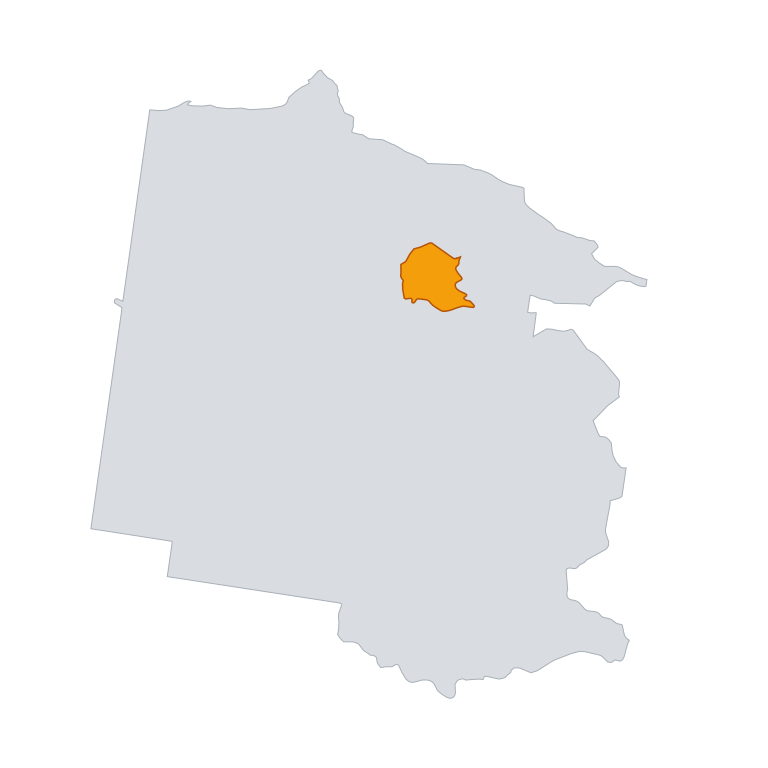 Gezira highlighted on a map of Sudan, rotated 278°
{"feature_id": "SDN-875", "entity_name": "Gezira", "entity_type": "State", "adm_level": 1, "iso_a3": "SDN", "parent_name": "Sudan", "parent_adm1": "", "projection": "robinson", "projection_center": [33.161, 14.479], "detail": "fine", "context": "in_parent", "style": "filled", "palette": "amber", "viewbox_px": 768, "rotation_deg": 278, "n_neighbors": 0, "source": "natural_earth", "source_scale": "10m", "svg_char_len": 5265}
<svg xmlns="http://www.w3.org/2000/svg" viewBox="0 0 768 768"><g transform="rotate(278 384 384)"><path d="M524.1,629.8L517.3,629.8L516.6,628.0L516.7,623.0L517.5,619.3L519.9,613.3L519.3,610.1L519.7,605.4L517.9,600.2L501.7,585.0L498.5,580.8L489.8,577.0L491.3,572.7L487.7,541.5L489.5,538.0L490.0,532.5L490.0,527.7L492.1,519.8L492.3,516.4L475.1,516.2L474.8,519.6L475.6,523.4L475.6,524.9L451.6,525.1L461.2,537.3L461.6,542.6L461.1,549.3L461.2,553.6L461.7,556.3L464.3,561.8L464.2,562.8L463.5,564.1L446.5,580.4L443.6,587.9L441.4,591.9L436.4,598.6L420.8,615.9L418.3,617.1L406.4,617.7L405.3,618.1L404.3,618.9L403.8,618.7L393.7,608.5L376.7,596.2L365.3,602.6L362.2,605.0L362.2,610.9L360.5,613.9L357.4,617.2L349.1,619.3L344.7,621.0L339.5,624.4L334.5,629.9L334.1,632.8L334.6,635.4L305.8,635.3L303.9,633.2L299.8,624.1L296.8,624.6L270.6,623.5L266.8,624.5L259.3,628.3L255.5,628.9L251.6,627.2L237.9,609.1L234.9,606.9L231.8,602.6L228.9,600.7L227.9,599.3L227.6,597.4L227.7,593.4L226.7,590.9L224.6,590.3L206.0,594.5L203.3,594.1L199.4,594.8L198.1,595.6L196.5,597.9L196.2,602.9L195.7,605.4L194.3,608.1L188.9,614.3L187.7,616.9L188.0,623.7L187.6,627.1L186.8,628.7L184.5,631.3L183.6,632.8L182.7,641.4L179.7,646.7L179.1,648.5L178.9,652.3L178.4,653.5L170.0,656.5L166.8,658.4L164.9,661.3L164.4,662.6L160.8,661.5L156.3,660.8L147.5,659.8L144.0,658.5L142.4,656.4L142.9,651.1L142.1,650.0L140.7,649.1L139.7,646.8L139.9,644.1L144.6,638.0L145.6,634.8L146.9,619.6L146.5,614.9L142.9,606.4L134.6,591.7L132.6,588.8L122.2,576.7L121.0,574.9L118.5,569.8L121.4,558.6L121.6,555.5L120.9,552.3L118.3,549.9L115.9,549.6L112.8,546.6L110.8,545.3L109.0,542.6L107.8,538.9L108.8,525.7L108.3,524.0L105.6,523.5L105.0,522.5L105.1,520.0L103.7,512.5L102.2,506.3L103.1,502.8L100.9,498.2L96.6,496.1L88.2,497.7L85.6,497.4L83.8,496.6L82.5,494.8L81.9,492.8L82.5,489.7L85.0,484.1L88.0,479.5L94.1,475.3L95.7,473.1L96.7,470.6L96.9,467.8L96.5,464.8L95.8,462.0L94.1,458.4L92.5,454.1L92.5,451.3L93.3,449.2L94.9,446.7L101.0,441.8L107.2,437.8L108.2,436.4L107.9,434.7L105.1,431.3L104.2,424.9L102.7,420.4L105.9,417.0L108.2,415.7L111.8,414.7L113.2,413.3L113.7,410.6L113.6,408.0L114.9,406.0L116.7,401.9L118.1,400.0L122.8,395.2L123.9,392.1L124.3,389.1L123.1,379.9L125.9,376.1L129.4,372.9L134.3,373.2L142.1,372.5L147.3,371.2L151.1,371.2L159.6,372.9L160.5,372.2L161.0,369.8L163.1,196.2L198.3,196.3L198.7,196.0L199.9,113.9L421.5,114.0L423.3,113.7L426.8,106.0L428.3,105.4L430.6,105.9L431.3,107.7L429.5,113.9L622.9,113.9L623.4,123.3L625.0,130.8L630.5,141.5L635.2,147.3L636.9,150.4L637.1,151.9L636.9,153.3L635.5,151.7L633.1,150.6L632.8,155.7L634.0,165.9L636.0,173.2L634.6,179.8L634.9,191.1L637.4,204.6L637.0,213.3L641.1,233.4L645.1,244.6L647.3,247.4L649.7,248.9L654.4,249.8L661.3,255.5L666.8,261.5L668.8,264.7L671.4,268.1L673.2,267.5L674.3,266.6L676.1,269.4L684.8,275.4L686.1,278.2L683.0,280.9L679.4,285.6L677.7,290.0L676.8,291.4L673.9,294.2L673.5,295.5L672.2,296.3L670.9,296.4L667.9,297.9L665.3,297.4L662.6,298.2L661.6,299.3L659.5,300.2L656.6,300.7L652.1,304.4L648.2,306.2L646.9,307.7L644.9,315.1L643.4,317.0L637.6,317.2L634.7,317.8L630.8,317.0L629.0,317.1L628.5,318.7L627.8,325.0L627.9,327.8L624.7,335.0L625.7,348.5L622.6,358.6L622.2,361.0L619.0,369.0L617.4,372.0L613.4,387.0L611.8,391.6L608.4,396.4L612.1,432.5L609.2,443.5L609.3,449.5L607.3,458.4L605.7,462.5L603.1,467.5L600.9,473.0L599.1,480.3L597.9,494.2L597.2,495.4L586.9,497.2L583.6,498.1L581.5,499.7L578.8,503.2L573.5,513.0L570.8,518.9L566.4,527.1L561.4,532.9L560.3,535.7L559.5,540.9L557.6,549.2L556.0,555.1L556.3,559.8L554.7,568.1L554.9,572.1L553.1,574.3L550.8,576.4L549.1,576.9L541.9,571.4L536.8,575.2L533.7,580.5L531.2,585.9L532.7,597.3L532.5,599.8L531.8,602.5L527.0,613.7L525.6,618.8L524.2,627.7L524.1,629.8Z" fill="#d9dde1" stroke="#a8b0b8" stroke-width="1"/><path d="M488.7,388.8L489.0,388.7L489.4,388.5L489.6,388.3L490.0,387.8L491.6,386.4L492.2,386.0L493.1,385.6L494.7,385.4L496.1,385.4L504.7,384.1L507.9,388.0L509.0,388.8L516.0,391.4L521.9,394.8L522.0,395.0L524.6,401.0L529.8,409.3L530.1,410.1L530.2,411.7L518.6,434.2L517.8,436.3L518.0,437.0L518.2,437.5L518.4,437.8L518.7,438.0L518.9,438.2L518.9,438.3L518.6,438.5L518.4,438.7L518.5,438.9L519.1,439.6L519.3,439.9L520.5,442.0L519.0,441.7L518.2,441.4L516.5,441.1L513.9,441.3L512.9,441.1L512.4,441.0L510.1,439.3L509.6,439.1L509.1,439.0L508.6,439.0L508.1,439.0L507.1,439.4L505.9,440.3L503.6,442.3L500.7,445.5L499.6,446.4L498.7,446.5L497.8,445.9L494.8,441.8L493.4,440.9L491.9,440.7L490.4,441.2L489.1,442.0L488.0,443.2L487.1,444.8L486.4,446.3L484.6,452.3L483.8,453.4L482.7,453.4L480.9,451.3L480.2,451.1L479.3,451.7L478.7,453.0L478.3,454.2L478.0,457.8L474.7,461.9L473.7,462.5L472.9,462.5L472.4,461.9L472.2,460.6L472.2,453.6L472.1,452.2L471.8,450.5L470.0,446.4L466.9,440.6L465.4,437.3L464.5,434.1L464.3,433.0L464.3,432.1L464.4,431.4L464.6,430.4L466.4,425.9L468.7,421.4L470.7,418.8L471.9,417.6L472.7,416.4L473.2,415.1L473.3,413.6L473.2,407.3L473.0,405.8L472.7,404.9L472.4,404.5L472.0,404.3L469.6,403.2L468.9,402.7L468.4,401.9L468.4,401.0L468.8,400.4L469.4,400.1L470.2,400.0L471.0,400.1L471.7,399.9L472.1,399.6L472.5,398.6L472.4,397.6L472.1,396.5L471.3,393.9L471.3,393.5L471.7,392.5L471.8,392.3L471.9,392.1L472.5,391.9L480.2,389.4L486.6,388.3L486.8,388.4L488.5,388.8L488.7,388.8Z" fill="#f59e0b" stroke="#b45309" stroke-width="1.5"/></g></svg>